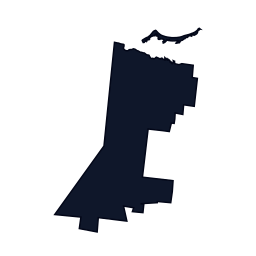 Lázaro Cárdenas, Quintana Roo, Mexico, rotated 6°
{"feature_id": "50627088B14246153618123", "entity_name": "Lázaro Cárdenas", "entity_type": "district", "adm_level": 2, "iso_a3": "MEX", "parent_name": "Mexico", "parent_adm1": "Quintana Roo", "projection": "mercator", "projection_center": [-87.297, 21.095], "detail": "fine", "context": "isolated", "style": "filled", "palette": "ink", "viewbox_px": 256, "rotation_deg": 6, "n_neighbors": 0, "source": "geoboundaries", "source_scale": "gbopen_adm2", "svg_char_len": 5342}
<svg xmlns="http://www.w3.org/2000/svg" viewBox="0 0 256 256"><g transform="rotate(6 128 128)"><path d="M167.3,56.8L166.9,56.9L166.5,56.5L166.2,56.4L166.4,56.8L166.2,56.9L166.3,57.1L166.1,57.5L166.0,57.8L166.1,58.2L166.1,58.4L165.9,58.9L165.5,59.4L165.1,59.4L164.9,59.1L164.7,59.2L164.4,58.8L164.4,58.5L164.3,58.4L164.4,58.2L164.2,58.0L163.9,58.5L163.7,58.3L163.7,58.1L163.8,58.0L163.7,57.9L163.2,58.0L163.2,57.8L162.8,57.0L162.6,57.0L162.5,56.7L162.2,56.5L162.0,56.1L161.4,56.0L161.2,56.0L161.1,56.3L160.9,56.3L160.7,56.1L160.8,55.9L160.8,55.6L160.7,55.5L160.7,55.8L160.4,56.0L160.4,55.8L160.5,55.5L160.4,55.4L160.2,55.4L160.1,55.5L160.0,55.4L159.9,55.4L159.7,55.7L159.2,55.8L159.3,55.2L158.9,55.1L159.0,55.6L158.9,55.8L158.6,55.8L158.6,56.1L158.2,56.1L157.9,55.8L157.8,55.5L157.9,55.4L157.8,55.2L158.1,55.0L158.1,54.8L157.8,54.9L157.5,54.7L157.5,54.4L157.3,54.2L157.3,54.7L157.6,55.0L157.6,55.6L157.7,55.9L157.7,56.5L157.2,56.5L157.0,56.3L156.6,56.2L156.3,56.1L156.1,56.0L155.9,56.1L155.7,56.1L155.7,55.9L155.2,55.9L155.0,55.7L154.9,55.3L154.5,55.5L154.2,55.3L154.0,55.0L153.6,55.0L153.6,54.9L153.4,55.4L153.5,55.8L153.3,56.0L153.1,55.9L153.0,56.0L152.8,55.8L152.1,55.9L151.9,55.9L151.8,55.6L151.1,55.5L150.8,55.2L150.4,55.2L149.0,54.6L148.8,54.6L148.7,54.8L148.3,55.0L148.3,55.5L148.0,55.6L147.9,55.8L147.5,55.9L147.4,56.0L146.9,56.2L146.7,56.5L146.1,56.3L146.0,56.5L145.8,56.5L145.2,56.1L144.5,56.5L144.0,56.5L143.7,56.4L143.5,56.2L143.4,56.2L143.2,56.0L142.8,55.9L142.6,55.3L142.4,55.3L142.1,55.0L141.4,53.6L141.2,53.4L140.8,53.3L140.1,53.4L139.2,53.2L138.4,53.0L136.5,51.7L135.3,51.7L133.5,51.3L132.9,51.4L131.8,51.2L131.6,51.0L130.8,50.7L130.4,50.4L128.9,50.1L126.7,48.9L125.9,48.8L124.9,48.7L124.5,49.1L123.5,49.6L122.3,49.7L121.4,49.9L121.4,50.0L121.0,50.0L120.8,50.2L120.6,50.6L120.3,50.7L120.0,51.1L119.6,51.2L118.6,51.3L118.1,51.3L117.0,51.0L116.5,50.7L115.5,50.0L115.2,49.5L115.3,49.2L115.1,48.7L115.2,48.4L115.2,47.9L115.3,47.5L115.4,47.4L115.4,46.1L115.3,45.6L114.9,45.3L111.9,45.1L110.2,44.7L109.9,44.5L109.3,44.6L105.6,44.2L106.0,148.4L64.2,221.7L90.5,221.5L90.1,233.1L108.2,234.6L107.8,220.2L136.6,220.7L131.7,206.1L142.0,206.7L141.1,210.7L151.7,210.6L151.7,202.0L148.2,202.0L164.9,199.2L164.8,198.0L178.3,197.8L178.7,186.4L178.3,175.7L147.5,175.4L148.1,126.9L163.0,127.0L169.4,127.2L170.6,118.5L173.4,118.6L173.6,114.1L173.3,108.1L181.1,108.8L180.9,99.1L191.6,99.5L191.8,71.4L186.6,71.1L186.3,58.8L174.8,58.4L172.1,59.7L167.9,59.2L167.5,58.0L167.3,56.8ZM188.4,21.4L187.4,22.2L187.0,23.2L185.9,24.4L184.4,25.7L182.4,26.9L178.9,28.6L174.3,30.3L172.2,31.4L170.2,32.2L167.8,32.8L166.4,33.1L162.1,33.6L158.0,33.5L155.9,33.3L152.6,32.6L151.3,32.2L149.9,31.5L148.1,30.3L145.7,28.2L145.2,28.0L144.1,28.6L143.2,29.2L140.3,33.6L138.5,35.4L136.8,36.3L135.4,37.3L133.2,39.0L133.0,39.5L134.2,41.4L135.1,41.2L135.3,41.0L135.3,40.8L136.1,39.5L136.1,39.2L136.4,39.0L136.5,39.1L136.5,39.7L136.6,39.8L137.1,39.5L137.2,39.0L137.4,39.1L137.6,39.5L137.7,39.2L137.4,38.8L137.1,38.0L138.0,37.6L138.2,37.8L138.7,37.9L138.8,38.1L139.4,38.1L139.4,37.9L139.2,37.7L139.8,37.5L140.1,37.4L139.9,36.4L139.5,36.0L139.4,35.8L139.6,35.7L139.8,36.0L140.0,35.9L140.1,36.1L140.3,36.0L140.4,35.7L140.7,35.4L140.8,35.0L140.5,34.6L141.1,34.7L141.2,34.4L141.3,34.3L141.7,34.5L141.8,34.3L142.4,34.2L142.5,34.1L142.9,34.0L143.1,33.9L143.0,33.7L143.3,33.6L143.3,33.4L143.9,33.5L144.7,33.5L144.9,33.3L144.9,33.0L145.1,32.8L145.1,32.2L145.5,32.2L145.8,31.7L146.0,32.1L146.1,31.8L146.6,31.6L147.1,31.8L146.9,32.4L147.2,32.4L147.0,32.5L146.9,32.7L146.8,33.4L147.3,33.2L147.5,33.3L147.7,33.5L148.4,33.5L148.5,33.9L148.4,34.2L148.4,34.4L149.1,34.9L148.8,35.2L148.9,35.4L148.6,35.9L148.7,36.2L149.0,36.6L149.6,36.6L149.8,36.5L150.3,36.5L150.3,36.3L150.7,36.1L150.8,35.9L151.0,36.0L152.1,35.9L153.1,35.9L154.0,36.2L154.6,36.6L154.7,37.4L154.3,37.8L153.7,38.3L153.7,38.5L153.9,38.6L154.2,38.6L154.3,38.9L154.0,39.2L154.2,39.8L155.3,39.2L155.7,38.9L156.1,38.4L156.5,37.7L156.8,37.5L156.7,37.3L156.9,37.1L157.4,36.7L157.4,36.1L158.0,36.1L158.3,36.6L159.0,36.7L159.7,35.6L159.8,35.7L159.8,35.9L159.4,36.7L160.7,36.8L163.3,36.7L165.5,36.4L167.3,36.1L167.8,35.8L168.2,35.9L168.3,35.9L168.2,36.3L167.9,36.4L167.8,36.6L168.1,36.7L168.5,36.4L168.7,36.5L168.2,37.0L168.5,37.2L168.3,37.3L168.4,37.5L168.5,37.5L169.0,37.2L169.3,36.9L169.3,36.6L169.4,36.4L170.4,36.2L170.4,36.3L170.0,36.6L170.4,36.5L170.6,36.6L170.3,37.0L170.2,37.4L170.0,37.6L169.4,37.8L169.0,37.8L167.6,38.3L167.1,38.2L166.9,38.6L167.4,38.6L169.0,38.0L170.0,37.9L170.3,37.7L170.8,36.4L171.5,35.6L172.3,35.2L172.9,35.0L174.6,33.4L175.3,33.1L175.2,32.9L175.3,32.7L175.8,32.2L176.2,32.1L176.5,31.9L177.0,31.8L176.9,31.6L177.2,31.4L177.4,31.6L177.8,31.4L177.9,31.2L178.1,31.1L178.3,30.4L178.6,30.1L180.7,29.7L181.3,30.0L181.6,30.0L181.6,29.7L181.3,29.5L180.8,29.4L180.6,29.6L179.4,29.7L179.5,29.5L180.3,29.1L180.3,28.8L181.3,28.9L181.2,29.0L181.3,29.1L181.4,28.9L181.5,28.9L181.7,29.1L181.7,28.6L182.2,28.8L182.3,28.7L182.2,28.5L182.2,27.9L182.6,28.3L182.6,28.5L182.5,28.3L182.4,28.3L182.5,28.5L182.8,28.6L182.9,28.2L183.0,28.1L183.0,28.5L184.1,28.8L184.3,28.6L184.6,28.5L184.8,28.3L185.4,28.0L186.1,27.4L186.6,26.9L187.1,25.9L187.1,24.8L187.6,23.7L187.7,23.1L188.0,22.8L188.0,22.7L188.3,22.6L188.2,23.0L187.9,23.2L188.6,23.0L189.0,22.1L189.5,22.1L188.4,21.4Z" fill="#0f172a" stroke="#020617" stroke-width="1.5"/></g></svg>